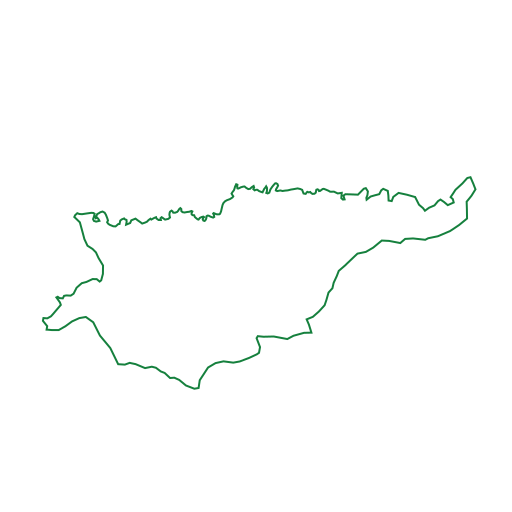 Jaedae, Sinoe, Liberia, rotated 201°
{"feature_id": "62588387B27805419534049", "entity_name": "Jaedae", "entity_type": "district", "adm_level": 2, "iso_a3": "LBR", "parent_name": "Liberia", "parent_adm1": "Sinoe", "projection": "natural_earth1", "projection_center": [-8.506, 5.086], "detail": "fine", "context": "isolated", "style": "outline", "palette": "green", "viewbox_px": 512, "rotation_deg": 201, "n_neighbors": 0, "source": "geoboundaries", "source_scale": "gbopen_adm2", "svg_char_len": 4655}
<svg xmlns="http://www.w3.org/2000/svg" viewBox="0 0 512 512"><g transform="rotate(201 256 256)"><path d="M423.9,112.6L420.0,113.7L413.6,116.2L408.7,122.2L404.3,129.0L398.7,134.7L393.0,138.1L384.2,135.8L373.2,125.8L359.1,117.9L352.0,111.3L345.9,105.6L339.5,107.6L335.6,111.0L334.0,111.2L329.7,111.9L319.4,111.6L313.6,115.3L309.4,115.8L303.5,114.1L299.4,114.1L292.5,111.3L288.7,113.1L283.3,112.8L275.0,110.0L266.0,110.0L262.3,112.2L264.0,119.9L260.8,134.7L255.4,141.5L254.5,142.1L248.6,146.0L239.0,148.3L233.4,151.7L225.8,158.5L222.8,161.6L220.0,164.5L218.5,166.7L219.6,172.4L226.0,179.5L225.6,181.8L220.1,183.3L210.6,187.2L197.0,189.7L192.4,195.0L183.6,201.5L176.8,204.3L182.0,210.9L186.0,215.0L181.1,219.6L177.4,226.7L174.3,234.6L174.5,240.0L175.2,247.9L173.1,253.3L173.9,258.8L173.4,266.2L173.4,271.8L169.1,279.8L168.6,281.0L163.9,290.9L162.1,294.6L154.9,299.2L149.6,305.8L144.1,315.5L137.1,317.8L125.9,319.8L125.3,321.0L122.9,325.4L115.6,328.7L103.8,331.8L101.6,334.3L93.3,339.6L83.8,348.8L81.7,351.7L77.5,357.7L72.4,366.6L75.9,375.3L78.8,382.2L77.3,386.7L76.4,389.6L75.0,396.9L77.3,399.4L79.0,401.3L84.0,406.4L86.6,404.6L86.9,404.0L89.3,397.7L93.5,389.3L94.4,385.0L95.4,380.7L92.6,379.6L90.6,376.8L95.2,372.2L99.8,373.8L104.0,374.8L105.7,372.5L107.5,367.2L111.7,363.1L114.5,358.8L117.1,360.5L122.2,362.3L128.6,368.1L129.2,368.0L137.0,367.3L145.5,366.0L149.0,360.4L149.0,355.9L152.1,355.3L154.1,359.9L156.3,364.0L161.3,364.3L162.6,362.2L163.1,357.9L167.0,355.1L170.3,352.6L172.9,348.2L173.8,349.8L173.8,352.8L174.7,356.4L177.8,358.7L179.5,357.4L182.8,349.8L189.6,347.5L194.7,345.7L196.0,343.7L193.6,340.6L195.1,339.8L197.1,340.6L198.6,345.7L202.1,343.7L206.3,344.0L208.7,343.0L209.9,342.6L211.8,342.9L214.5,343.0L216.8,343.0L217.8,342.4L219.5,339.7L219.9,339.5L220.4,339.2L221.3,340.2L222.5,340.3L223.4,339.5L223.2,337.9L222.9,336.6L223.7,335.1L225.6,334.2L227.8,334.8L228.3,335.2L229.6,334.3L231.1,334.3L231.4,333.7L231.9,331.8L232.8,331.6L234.0,331.4L235.2,332.7L236.6,334.3L238.7,334.4L241.4,334.0L245.0,331.8L247.1,330.6L249.8,328.7L252.6,327.3L254.5,326.2L256.8,325.9L259.5,324.2L261.0,324.3L261.2,325.5L260.8,327.7L260.6,329.6L261.8,330.9L263.4,331.1L264.2,330.6L265.1,328.2L265.7,326.3L266.4,323.3L266.3,319.9L267.5,318.6L269.0,318.6L269.0,320.3L269.7,322.5L270.3,323.7L271.5,324.7L271.8,323.2L272.4,321.5L272.6,319.1L272.7,317.8L273.7,317.7L276.4,317.7L278.4,318.3L279.6,317.9L280.8,316.8L282.5,317.5L282.3,319.3L283.3,320.5L284.7,318.6L285.6,316.6L287.2,315.7L289.6,316.1L291.6,316.8L292.8,316.2L294.9,314.6L295.7,313.6L296.9,312.5L297.6,312.5L298.3,313.7L298.9,315.9L300.2,315.9L300.4,313.1L300.2,311.3L300.2,309.3L300.7,307.9L301.2,305.5L299.8,304.4L298.6,303.6L298.9,302.3L300.7,299.8L303.1,297.7L304.5,296.0L305.4,293.7L305.5,291.6L305.0,287.8L304.6,285.1L304.7,282.5L305.3,281.7L307.1,281.0L308.1,280.8L310.9,280.9L311.2,280.3L309.8,278.9L309.0,277.5L309.8,276.5L312.4,276.4L314.6,276.7L315.8,276.3L316.4,275.5L315.9,273.4L315.9,271.9L316.5,270.3L317.8,270.2L318.8,271.0L319.0,272.4L318.4,273.7L319.3,273.9L320.8,272.8L322.1,271.4L322.7,269.4L323.6,269.3L325.5,269.9L327.1,270.5L328.3,271.9L329.9,271.4L331.0,271.8L331.5,272.9L331.4,274.8L332.4,274.9L334.3,273.3L335.9,272.5L338.3,271.0L340.3,270.6L341.8,271.2L342.6,273.1L343.8,273.6L344.5,272.3L344.9,270.2L345.4,268.9L347.1,267.4L348.8,266.8L350.0,267.8L351.1,268.1L352.1,266.6L352.1,265.2L351.6,263.4L350.1,261.1L350.7,260.1L351.1,259.3L353.9,257.4L357.4,258.3L358.0,258.4L358.7,257.0L357.7,255.5L359.9,254.7L362.3,255.3L363.2,256.4L364.3,255.4L364.7,255.0L366.8,252.5L367.9,253.0L369.2,251.0L370.1,248.9L371.7,247.3L373.9,245.5L375.9,246.1L379.2,246.9L381.9,247.7L383.4,246.3L385.2,244.6L385.3,241.7L388.5,238.7L389.1,241.8L389.9,243.3L391.8,243.3L392.6,243.8L394.5,242.0L395.4,240.4L394.9,237.0L396.0,236.5L397.7,233.3L399.9,232.6L403.9,232.7L405.7,233.2L407.1,234.2L406.9,236.1L408.6,238.2L410.9,240.7L412.8,242.2L415.2,242.5L417.0,241.1L418.2,239.4L419.3,238.2L419.3,236.9L419.9,234.6L419.1,233.8L418.0,234.9L416.0,233.8L414.8,232.7L417.6,230.8L419.9,230.7L421.3,232.0L421.4,234.9L421.8,237.6L423.2,237.9L425.2,237.3L429.7,234.8L433.4,232.7L436.0,231.9L438.2,231.9L439.5,229.2L439.6,227.3L438.1,226.7L432.5,224.3L425.6,214.9L422.3,210.3L417.0,205.2L411.1,204.0L406.7,202.0L402.3,197.7L395.4,192.3L392.5,184.4L391.8,177.8L392.8,176.1L396.4,177.3L400.3,175.9L405.0,171.0L408.9,168.2L412.1,162.2L412.8,155.4L414.8,152.6L419.0,151.2L420.9,150.0L421.2,147.2L424.3,146.3L426.5,146.9L427.5,145.8L422.4,142.4L420.7,140.4L423.1,133.6L424.6,129.3L425.8,126.2L428.5,123.0L432.2,121.9L431.7,119.1L425.8,115.7L425.1,112.2L423.9,112.6Z" fill="none" stroke="#15803d" stroke-width="2"/></g></svg>